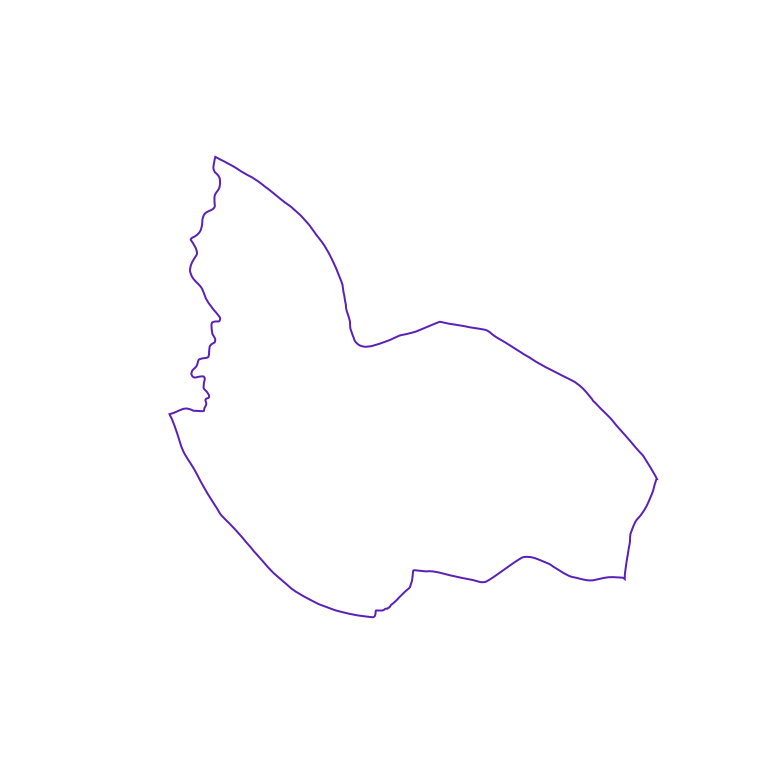 outline of Cho Moi, An Giang, Vietnam, rotated 156°
{"feature_id": "81297802B9073555262789", "entity_name": "Cho Moi", "entity_type": "district", "adm_level": 2, "iso_a3": "VNM", "parent_name": "Vietnam", "parent_adm1": "An Giang", "projection": "equal_earth", "projection_center": [105.483, 10.456], "detail": "fine", "context": "isolated", "style": "outline", "palette": "violet", "viewbox_px": 768, "rotation_deg": 156, "n_neighbors": 0, "source": "geoboundaries", "source_scale": "gbopen_adm2", "svg_char_len": 6154}
<svg xmlns="http://www.w3.org/2000/svg" viewBox="0 0 768 768"><g transform="rotate(156 384 384)"><path d="M203.9,298.4L205.9,303.0L208.8,308.1L213.2,313.7L217.8,319.2L223.8,326.7L230.0,334.3L233.3,338.8L236.2,342.7L240.3,349.0L243.8,353.8L251.6,365.6L254.5,369.9L256.5,372.9L260.5,378.5L261.8,380.2L264.0,383.7L264.7,384.9L265.9,387.6L267.0,389.4L267.9,390.7L268.7,391.6L270.3,392.9L274.3,395.6L283.0,401.2L286.4,403.7L294.1,408.8L300.2,412.7L304.4,415.8L307.6,418.1L310.0,418.3L316.3,418.5L325.6,418.7L333.2,418.9L337.0,419.4L342.9,420.4L347.3,421.4L350.0,421.9L354.7,421.9L360.9,421.8L371.8,422.6L380.2,423.7L383.3,424.7L385.6,425.4L388.7,427.4L390.8,429.5L392.0,431.7L392.7,433.4L393.1,435.3L393.1,437.0L392.8,438.8L392.9,440.1L392.2,448.1L391.6,450.1L390.4,453.1L389.9,454.2L389.6,455.4L389.0,459.0L388.5,464.5L388.3,466.4L387.7,469.0L386.6,472.0L385.5,476.8L384.2,481.4L383.6,484.6L382.6,487.9L382.0,490.2L381.6,491.3L381.4,493.1L381.2,495.5L381.1,498.9L380.9,504.9L380.7,508.7L380.8,517.5L381.0,522.4L381.2,526.2L382.1,534.4L382.9,538.7L384.0,543.2L385.3,548.5L385.9,551.6L387.7,560.0L391.5,571.8L396.7,583.4L400.9,590.6L403.2,595.0L410.6,609.6L412.0,611.9L415.6,618.7L417.0,621.1L418.5,623.3L420.4,626.3L424.6,631.6L428.4,636.9L430.9,640.9L433.2,644.2L439.9,652.9L442.1,655.5L445.7,660.1L447.6,657.7L449.7,654.5L451.1,652.5L451.8,651.2L452.3,649.8L452.4,648.4L452.4,646.9L452.0,645.4L451.2,643.6L450.6,641.6L450.4,639.6L450.6,637.9L451.2,636.2L452.2,633.9L453.2,632.2L454.5,630.4L456.2,628.9L460.4,626.5L461.8,625.2L462.9,623.6L464.2,620.7L465.2,618.1L465.9,616.0L466.5,614.9L467.3,614.2L468.7,613.5L470.0,613.3L471.1,613.2L474.4,613.2L476.0,613.1L477.9,612.7L478.8,612.2L479.6,611.8L480.9,610.6L481.9,609.5L483.0,608.0L485.0,604.2L486.2,602.3L487.5,600.7L489.0,599.0L490.6,597.8L491.9,597.1L494.1,596.3L495.8,595.9L497.5,595.7L498.9,595.7L500.7,595.4L501.5,594.9L501.9,594.4L501.8,593.6L501.2,590.5L500.8,586.5L500.7,584.9L500.8,583.4L500.9,582.1L501.2,580.7L501.6,579.8L502.1,578.8L502.4,578.4L503.2,577.8L506.6,575.6L509.1,573.8L511.6,571.6L513.0,569.9L514.1,568.3L514.6,567.4L515.1,566.5L515.4,565.4L515.7,563.3L515.8,560.3L515.6,559.1L515.4,557.9L515.0,556.4L514.0,553.4L513.0,551.0L512.1,548.3L511.7,546.5L511.5,545.3L511.5,544.2L511.5,542.0L511.6,540.0L511.9,534.9L511.8,533.4L511.4,529.9L511.0,527.9L510.4,525.6L509.9,523.1L509.3,520.7L508.3,517.5L507.0,512.5L506.9,511.8L506.9,510.9L507.0,510.3L507.3,509.9L507.8,509.3L508.4,508.7L508.8,508.5L509.3,508.4L509.8,508.5L511.1,509.0L512.3,509.6L513.8,510.0L515.6,510.1L516.1,510.0L516.6,509.5L517.0,509.0L517.7,507.9L518.1,506.9L518.9,504.8L520.3,500.0L520.3,499.3L520.3,498.5L520.0,496.1L519.9,494.9L519.9,494.1L520.0,493.5L520.3,492.8L521.1,491.6L521.4,491.2L521.8,490.9L522.3,490.8L524.6,490.6L526.1,490.3L526.8,489.9L527.6,489.4L528.2,488.8L529.0,487.5L530.3,485.3L531.3,483.3L532.1,481.9L532.6,481.2L533.1,480.5L533.6,480.2L534.4,480.0L535.3,480.1L536.1,480.2L539.6,481.3L542.6,481.7L543.1,481.6L543.5,481.4L544.2,480.8L546.6,477.9L547.5,477.0L548.5,476.3L549.5,475.9L550.4,475.5L551.8,475.1L553.3,474.4L554.1,473.9L554.6,473.3L555.4,472.3L555.9,471.6L556.0,470.8L556.0,470.2L556.0,469.5L555.7,468.5L555.2,467.7L554.8,467.3L554.1,466.8L553.6,466.6L552.7,466.4L550.9,466.1L548.9,465.6L546.9,464.9L546.1,464.5L545.6,464.0L545.5,463.6L545.4,463.1L545.4,462.6L545.5,462.0L545.7,461.5L546.2,460.7L548.2,458.0L548.9,456.7L549.8,455.1L550.3,454.1L550.4,453.0L550.3,452.4L549.5,450.3L549.1,449.2L548.8,447.7L548.6,446.6L548.5,445.5L548.5,445.0L548.6,444.3L548.9,443.7L549.2,443.2L549.5,442.9L549.8,442.8L550.3,442.7L552.3,442.9L552.7,442.8L553.0,442.6L553.5,442.2L553.7,441.7L553.9,441.2L554.0,439.7L554.1,439.1L554.4,438.3L554.8,437.6L555.2,437.1L556.8,435.7L557.7,435.2L558.4,434.2L559.5,432.7L560.5,432.8L563.9,434.5L568.6,436.9L569.2,437.3L570.2,438.6L571.5,439.8L573.5,441.4L574.7,442.1L576.3,442.6L578.0,443.0L581.6,443.1L587.8,443.1L592.2,443.7L592.2,441.7L592.0,438.6L592.2,434.5L592.3,431.7L593.0,423.4L594.6,409.3L594.7,405.7L594.7,403.3L594.5,400.5L593.7,394.3L593.1,390.8L592.5,386.7L592.1,383.7L591.8,380.4L591.6,377.9L591.3,372.1L590.5,362.6L589.6,354.5L588.7,348.3L587.9,342.9L587.3,339.0L586.9,336.3L586.8,334.2L586.4,331.9L585.9,329.9L585.0,327.5L584.3,325.4L582.2,320.2L579.3,312.1L576.1,302.2L574.1,295.1L572.0,288.4L570.8,283.7L569.8,280.9L568.6,277.0L566.6,270.7L564.5,263.8L562.8,258.9L561.5,255.6L557.5,247.1L554.1,239.9L551.9,235.0L548.9,230.0L543.8,222.8L539.1,216.8L534.7,211.3L532.4,208.6L528.0,204.4L521.6,198.1L519.0,195.8L509.3,188.3L502.3,183.4L495.8,179.4L489.2,175.5L488.6,175.4L487.7,175.4L486.9,175.7L486.3,176.2L485.8,176.8L485.1,177.8L484.3,179.3L483.8,180.0L483.4,180.3L483.2,180.3L480.8,179.1L478.0,177.9L476.4,177.6L475.9,177.7L475.2,177.9L474.5,178.1L474.2,178.1L473.7,178.0L473.3,177.9L473.0,177.7L472.6,177.5L472.2,177.3L470.9,177.9L470.7,177.9L470.4,177.7L470.1,177.7L469.5,178.0L469.0,178.2L467.3,179.4L465.6,179.7L463.0,180.5L460.2,181.5L456.6,183.0L448.6,186.0L444.6,187.1L443.1,187.7L440.1,191.0L438.4,192.9L436.0,196.9L433.9,200.6L433.2,201.5L432.9,201.7L432.5,201.7L431.2,201.1L422.0,195.8L418.6,194.5L415.4,192.8L410.5,189.5L401.5,182.4L391.6,175.1L382.7,168.9L376.5,163.8L374.9,163.0L372.9,162.2L371.4,161.9L368.3,162.2L362.7,163.0L337.6,168.0L329.7,169.2L328.0,169.3L325.9,168.8L323.8,168.0L320.7,166.4L317.1,163.7L313.4,160.0L306.3,152.5L304.9,150.5L303.5,148.0L296.3,137.5L292.7,133.1L290.5,131.1L287.2,128.8L283.1,125.5L278.3,122.1L275.5,120.7L272.8,119.6L262.0,117.4L257.6,116.2L253.5,114.5L245.1,110.2L244.3,109.5L243.8,108.8L243.4,107.9L241.6,111.7L239.9,114.6L237.1,119.1L232.7,126.1L230.9,128.6L226.7,135.2L225.0,137.4L223.3,140.2L221.0,144.9L219.7,146.9L217.5,149.2L214.0,152.7L210.6,155.7L208.5,157.1L203.8,159.2L201.3,160.6L198.2,162.5L194.9,164.8L192.7,166.6L190.1,168.9L184.2,174.4L181.7,176.9L177.4,182.3L174.9,185.1L173.8,186.2L173.5,186.3L173.3,186.2L173.4,189.0L174.5,199.2L176.2,211.4L176.6,213.6L178.5,219.0L180.3,224.8L182.0,230.8L184.6,239.3L187.3,247.7L188.7,252.2L190.6,259.2L192.3,264.0L196.0,273.3L198.4,280.1L199.9,283.7L200.1,285.6L202.4,293.9L203.9,298.4Z" fill="none" stroke="#5b21b6" stroke-width="2"/></g></svg>